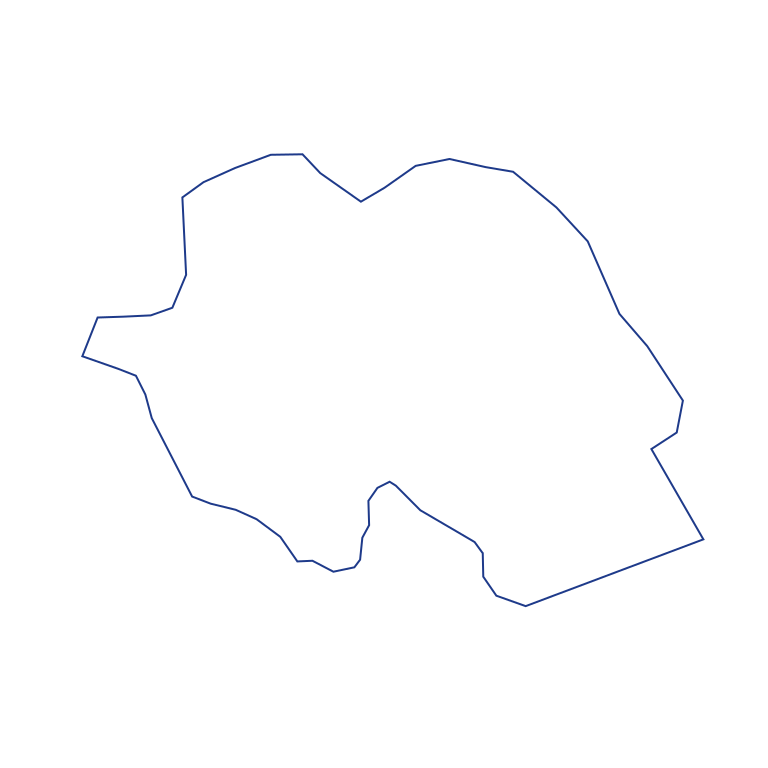 Butembo, Nord-Kivu, Democratic Republic of the Congo, rotated 346°
{"feature_id": "63176286B17770065929195", "entity_name": "Butembo", "entity_type": "district", "adm_level": 2, "iso_a3": "COD", "parent_name": "Democratic Republic of the Congo", "parent_adm1": "Nord-Kivu", "projection": "mercator", "projection_center": [29.271, 0.138], "detail": "fine", "context": "isolated", "style": "outline", "palette": "blue", "viewbox_px": 768, "rotation_deg": 346, "n_neighbors": 0, "source": "geoboundaries", "source_scale": "gbopen_adm2", "svg_char_len": 825}
<svg xmlns="http://www.w3.org/2000/svg" viewBox="0 0 768 768"><g transform="rotate(346 384 384)"><path d="M656.3,612.0L627.7,511.8L656.3,501.9L670.0,472.4L648.6,411.0L629.4,372.9L616.2,294.9L594.0,254.4L560.6,209.3L535.2,198.2L501.9,181.5L467.5,180.0L432.0,193.7L405.7,201.5L373.2,164.0L360.5,141.4L329.6,134.2L291.7,138.4L257.7,144.5L233.5,154.2L218.4,230.2L197.1,258.8L174.3,261.0L147.3,255.6L122.2,250.2L98.0,284.1L130.1,305.2L145.3,316.0L149.9,336.5L150.4,360.9L170.6,446.8L186.9,458.2L209.7,470.2L227.7,484.4L246.4,507.2L257.0,535.2L271.8,538.2L289.5,553.9L310.9,554.7L318.3,548.7L325.8,527.9L335.4,517.4L340.6,493.6L352.5,483.2L365.8,480.2L370.9,485.5L388.7,515.3L431.2,556.8L433.7,559.3L438.8,571.9L438.9,572.0L433.7,595.0L441.8,616.6L467.7,633.8L656.3,612.0Z" fill="none" stroke="#1e3a8a" stroke-width="2"/></g></svg>